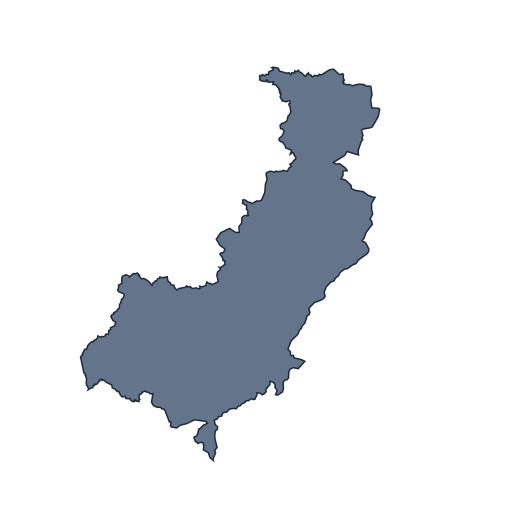 Mzimba, Mzimba, Malawi, rotated 214°
{"feature_id": "42251766B77624810989827", "entity_name": "Mzimba", "entity_type": "district", "adm_level": 2, "iso_a3": "MWI", "parent_name": "Malawi", "parent_adm1": "Mzimba", "projection": "albers", "projection_center": [33.674, -11.849], "detail": "fine", "context": "isolated", "style": "filled", "palette": "slate", "viewbox_px": 512, "rotation_deg": 214, "n_neighbors": 0, "source": "geoboundaries", "source_scale": "gbopen_adm2", "svg_char_len": 6054}
<svg xmlns="http://www.w3.org/2000/svg" viewBox="0 0 512 512"><g transform="rotate(214 256 256)"><path d="M289.4,453.1L296.1,454.3L299.2,451.4L303.1,442.6L305.3,442.0L305.1,440.1L308.4,438.5L309.4,435.8L311.6,436.7L313.6,436.0L315.0,437.2L315.6,434.5L315.0,433.1L315.7,432.5L321.1,433.3L322.8,432.9L324.7,433.7L325.7,431.3L327.4,431.1L326.3,429.2L328.8,428.1L328.6,425.9L331.3,426.4L332.5,424.9L339.9,422.4L342.5,424.2L347.6,422.0L348.3,420.9L346.5,421.1L345.9,419.9L348.3,415.9L347.1,413.2L348.9,412.6L349.8,410.2L351.9,410.1L352.0,408.9L354.2,407.7L353.7,407.8L353.5,406.7L351.9,405.5L351.6,404.1L349.6,404.1L345.1,406.2L345.7,407.9L344.3,408.0L343.1,406.9L339.2,409.9L339.3,409.3L338.3,409.0L338.1,407.6L335.7,408.9L330.0,407.4L330.2,406.8L328.5,406.2L328.2,404.9L327.2,405.3L326.8,404.1L325.7,404.3L325.2,401.7L323.1,400.3L321.4,400.1L321.1,399.2L317.3,400.7L315.3,403.4L314.3,403.2L313.2,402.0L313.9,400.3L310.7,398.2L307.7,394.9L307.2,392.0L307.7,389.9L305.9,385.5L307.2,381.8L308.6,380.8L309.2,377.9L306.9,375.3L305.1,376.0L303.0,375.7L301.8,372.8L301.6,369.4L302.6,367.0L301.9,365.0L299.5,364.5L298.1,365.4L293.8,363.9L291.8,362.2L285.6,363.6L284.5,359.6L283.5,362.3L282.4,362.4L280.4,360.7L278.8,360.6L277.2,358.3L278.1,356.4L278.2,353.0L279.3,351.1L276.9,350.0L277.8,347.5L277.5,343.6L281.5,342.2L281.9,340.9L284.2,338.8L287.1,337.3L287.5,335.8L291.4,334.5L293.9,331.0L293.4,329.4L289.6,325.6L288.5,321.1L284.2,313.5L282.7,305.2L284.3,303.1L286.2,302.1L288.7,297.1L291.2,297.2L292.5,296.2L295.6,296.4L297.8,295.8L298.2,295.0L296.6,292.1L291.9,292.6L290.2,289.5L287.8,288.8L286.6,286.4L285.0,285.5L285.1,284.7L286.9,284.2L288.4,282.6L289.2,279.9L286.3,275.4L286.6,270.8L283.0,266.2L286.2,264.1L293.4,264.1L298.3,255.5L298.3,247.7L291.7,244.6L286.0,244.5L284.9,242.0L285.4,239.9L286.7,239.2L287.0,237.4L282.3,235.5L280.9,233.8L278.8,234.5L278.5,233.2L277.0,232.0L278.7,226.9L280.2,226.0L278.3,225.6L278.0,224.7L278.9,221.4L277.8,218.3L273.0,213.6L276.3,207.7L278.2,207.9L279.6,206.8L282.2,207.0L281.1,203.3L283.4,200.4L285.9,199.3L284.1,198.0L285.0,196.7L287.5,196.3L290.8,193.3L293.6,193.9L294.7,192.3L296.9,192.4L297.1,190.3L299.5,188.4L300.3,186.9L301.3,186.6L302.8,183.4L306.5,184.7L307.6,185.9L310.2,184.6L311.9,185.8L315.2,186.1L318.0,189.2L320.8,186.1L324.0,184.7L323.5,183.6L324.8,182.2L324.6,179.5L325.6,179.0L325.5,177.5L326.3,176.5L325.8,173.5L330.6,174.9L334.4,175.0L336.5,174.6L338.3,173.0L341.2,173.9L341.9,175.0L342.6,174.4L343.7,175.4L345.0,175.5L346.0,173.9L347.9,172.8L349.3,168.2L348.7,167.5L350.5,168.2L353.2,167.9L355.4,164.7L355.1,163.0L352.0,158.2L353.7,154.8L352.0,152.7L351.8,150.6L350.1,149.6L344.3,150.7L343.0,149.2L342.7,147.1L343.3,145.0L341.7,140.9L342.2,139.7L340.2,136.5L341.0,134.0L340.7,132.1L342.3,129.5L341.7,128.2L342.6,127.0L342.5,124.7L338.5,122.5L335.1,122.6L334.3,119.0L336.5,115.1L335.4,113.5L336.4,111.9L334.7,108.8L336.9,107.0L336.3,105.7L337.5,103.5L339.1,102.9L339.5,101.8L342.4,101.3L341.6,99.6L342.3,96.3L343.1,95.6L342.8,94.3L343.1,93.5L344.2,93.3L345.0,90.8L345.4,87.7L344.4,84.3L345.8,82.7L345.2,77.6L344.4,77.3L345.1,74.3L333.3,62.8L331.7,63.0L331.1,61.7L330.1,61.7L329.7,60.7L328.2,60.0L325.1,54.9L320.5,52.3L320.3,51.3L318.8,54.7L317.7,55.3L318.4,57.6L317.7,58.0L318.1,59.6L317.0,59.6L316.6,60.2L316.0,62.4L316.4,64.1L315.6,64.5L316.2,66.3L315.6,67.3L314.3,66.8L314.3,67.5L313.5,67.2L312.3,68.1L310.0,67.5L303.5,68.4L301.4,66.3L298.9,66.8L295.2,66.0L295.0,66.8L294.0,66.9L290.8,65.0L288.2,64.3L285.7,66.5L284.1,65.1L280.5,67.3L279.9,66.5L276.7,66.3L275.1,67.7L275.3,68.6L276.1,68.5L275.5,69.4L273.4,69.0L271.7,69.9L272.5,70.3L272.0,72.0L273.2,72.5L275.3,75.8L273.9,77.7L274.1,79.2L272.5,82.2L271.0,81.8L269.5,82.8L266.7,82.6L264.5,84.1L260.8,76.3L257.8,74.8L256.2,74.7L254.0,75.1L250.3,77.1L248.6,76.6L246.9,77.5L245.3,77.2L235.0,70.0L234.2,70.8L233.4,70.6L231.9,67.3L230.5,66.9L225.6,69.1L224.3,73.2L219.7,78.3L215.4,85.8L205.0,90.9L202.7,90.3L205.2,85.9L205.9,81.4L206.7,80.8L204.8,75.4L204.9,73.1L206.0,71.6L205.6,70.4L202.4,68.3L200.6,68.6L199.6,68.0L197.2,71.0L195.0,71.3L192.9,69.0L191.2,65.8L185.6,66.3L181.2,63.0L177.0,62.6L178.1,63.5L179.4,70.2L181.5,71.6L181.2,75.6L187.2,80.9L189.9,84.2L191.9,88.2L191.1,90.6L192.3,93.0L195.6,93.5L198.9,96.5L196.9,99.2L197.3,101.5L195.0,104.0L195.7,107.6L193.0,110.3L192.4,114.2L189.4,117.1L186.9,118.4L186.8,121.6L185.3,123.1L185.1,125.5L183.3,128.1L183.3,130.5L181.2,131.9L180.2,135.1L178.1,135.4L176.8,136.7L177.6,141.5L178.7,143.3L175.3,144.7L173.3,144.4L172.2,146.0L171.7,149.0L173.2,151.3L172.6,157.3L174.5,160.0L171.0,160.9L168.9,160.4L167.4,159.1L167.1,157.8L163.4,156.5L162.2,151.9L160.1,153.0L158.0,158.2L159.2,161.6L162.9,166.4L162.6,169.3L161.3,170.5L160.8,173.0L163.9,178.1L164.5,181.2L162.8,184.2L158.0,186.2L156.6,196.0L160.3,195.5L167.7,192.8L169.5,194.5L171.0,193.2L172.0,193.1L173.8,195.8L177.5,196.7L179.4,205.7L177.5,214.3L178.5,218.9L177.9,221.5L178.6,223.6L178.0,227.3L179.2,232.4L180.3,234.4L179.2,237.1L180.0,239.7L182.0,240.9L182.8,243.1L181.6,249.9L176.9,256.7L175.9,259.7L176.3,261.5L179.2,263.8L180.5,269.7L179.3,276.4L177.4,279.0L177.8,282.0L176.6,285.7L177.1,289.3L175.3,294.5L173.3,296.4L170.7,303.1L168.9,305.5L168.9,309.8L165.2,319.9L165.2,322.7L166.5,325.0L171.4,327.7L173.5,328.3L175.9,327.7L176.6,328.1L176.4,331.3L177.9,337.3L177.3,347.4L180.1,349.9L182.1,350.2L182.7,356.0L186.5,359.7L189.6,364.2L190.1,371.2L191.7,370.3L197.2,369.0L202.9,369.3L210.5,365.9L214.8,365.2L216.4,367.6L224.2,369.0L228.7,367.6L228.8,371.2L231.1,374.6L230.7,376.0L228.1,377.6L228.5,378.1L231.5,379.0L238.6,379.2L240.8,377.0L244.1,376.9L238.7,389.0L239.0,393.5L227.5,397.1L230.2,400.3L232.7,409.4L232.7,412.3L234.2,412.9L234.9,416.0L238.6,418.9L238.5,420.8L232.9,426.3L231.8,428.2L232.6,439.7L235.5,446.8L236.8,447.1L242.8,443.6L248.5,449.8L249.8,454.2L255.2,460.5L256.5,460.7L259.2,458.6L262.5,458.5L266.8,456.0L271.4,451.0L274.8,450.3L276.0,449.0L279.9,447.7L280.6,448.0L280.3,449.2L281.7,449.6L281.1,451.3L283.0,452.0L285.1,455.5L286.3,455.4L287.0,453.8L289.4,453.1Z" fill="#64748b" stroke="#1e293b" stroke-width="1.5"/></g></svg>